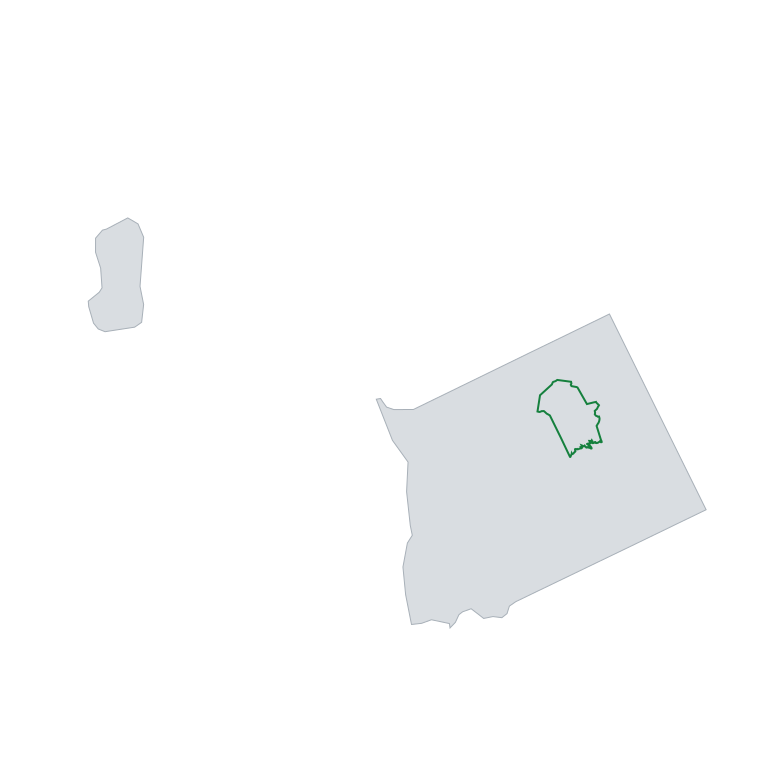 location of Añisoc, Wele-Nzás, Equatorial Guinea, rotated 334°
{"feature_id": "11065452B27397509806446", "entity_name": "Añisoc", "entity_type": "district", "adm_level": 2, "iso_a3": "GNQ", "parent_name": "Equatorial Guinea", "parent_adm1": "Wele-Nzás", "projection": "natural_earth1", "projection_center": [10.841, 1.768], "detail": "fine", "context": "in_parent", "style": "outline", "palette": "green", "viewbox_px": 768, "rotation_deg": 334, "n_neighbors": 0, "source": "geoboundaries", "source_scale": "gbopen_adm2", "svg_char_len": 4381}
<svg xmlns="http://www.w3.org/2000/svg" viewBox="0 0 768 768"><g transform="rotate(334 384 384)"><path d="M617.3,419.9L617.5,463.2L617.7,499.8L617.9,539.4L618.1,580.7L618.3,615.6L618.4,638.2L585.3,638.1L541.4,638.0L497.4,637.8L453.5,637.6L431.4,637.5L407.1,637.4L399.3,638.6L393.9,644.3L387.5,645.7L380.0,640.8L370.8,638.4L368.4,633.4L363.8,624.2L354.8,623.2L350.2,624.2L343.7,629.5L336.4,632.2L337.8,628.0L323.3,616.7L312.9,615.6L303.3,612.2L311.1,582.8L320.8,556.8L335.3,537.2L343.1,532.4L345.6,522.7L357.1,490.7L371.4,464.7L366.9,438.4L370.4,394.3L374.5,395.5L375.1,399.7L376.2,405.9L381.6,411.3L399.3,419.8L452.2,419.8L483.7,419.8L530.4,419.8L579.8,419.9L617.3,419.9ZM198.4,122.3L202.4,123.1L226.5,122.4L233.1,132.3L232.3,146.8L207.5,189.3L202.8,207.2L193.2,222.3L184.8,223.6L156.2,214.7L151.3,209.3L149.6,202.0L152.5,185.1L154.5,179.9L168.3,176.7L172.7,174.0L180.1,155.7L182.5,139.1L188.7,126.5L198.4,122.3Z" fill="#d9dde1" stroke="#a8b0b8" stroke-width="1"/><path d="M519.2,530.6L519.2,530.9L519.2,531.0L519.3,531.1L519.5,531.2L519.8,531.1L520.2,530.7L520.5,530.4L520.8,530.1L521.1,529.9L521.4,529.6L521.7,529.4L522.0,529.2L522.2,528.9L522.2,529.0L522.3,529.3L522.3,529.5L522.5,529.6L523.0,529.6L523.6,529.5L523.6,529.4L523.8,529.3L524.8,529.0L525.6,528.6L525.9,528.7L526.2,528.6L526.4,528.5L526.4,528.4L526.5,528.0L526.6,527.9L526.8,527.5L526.8,527.3L526.9,527.2L526.9,526.7L527.2,526.3L527.3,526.3L527.6,526.7L527.8,526.8L528.1,527.0L528.3,527.0L528.4,526.9L528.5,527.0L528.8,527.1L529.1,527.3L529.4,527.6L529.5,527.6L529.8,527.7L530.0,527.6L530.2,527.3L530.3,527.3L530.3,527.2L530.4,527.4L530.5,527.5L530.8,527.7L531.3,527.9L531.5,527.9L532.1,527.9L532.5,528.1L533.0,528.3L533.4,528.3L533.5,528.3L533.7,528.2L533.8,528.2L534.1,527.9L534.2,527.7L534.1,527.3L534.1,527.2L533.9,527.0L533.8,526.9L534.2,526.9L534.3,526.9L534.6,526.7L534.8,526.4L534.7,525.9L534.7,525.7L534.8,525.8L535.0,526.1L535.3,526.4L535.3,526.5L535.3,526.8L535.4,527.0L535.7,527.2L535.8,527.2L536.1,527.3L536.2,527.6L536.3,527.6L536.5,527.7L537.0,527.3L537.0,527.2L537.1,526.9L537.0,526.5L537.3,527.0L537.3,527.4L537.3,527.7L537.3,527.9L537.5,528.4L537.7,528.6L537.8,528.8L537.8,529.3L538.0,529.7L538.0,529.8L538.3,530.0L538.5,530.0L539.0,529.9L539.3,530.3L539.8,530.8L540.3,530.8L540.5,530.8L540.6,530.7L540.7,530.8L540.8,530.9L540.8,531.0L541.0,531.2L541.0,531.3L541.4,531.3L541.5,531.4L541.6,531.5L541.5,531.8L541.4,532.1L541.5,532.2L541.5,532.3L541.7,532.7L541.8,532.8L542.0,532.9L542.3,532.9L542.4,532.7L542.5,532.4L542.5,532.2L542.5,531.8L542.4,531.4L542.4,530.9L542.2,530.3L542.0,529.8L541.9,529.6L541.9,529.4L541.0,529.0L540.9,528.9L540.9,528.4L540.8,527.5L540.8,527.4L540.7,527.4L540.4,527.1L540.5,527.0L540.5,526.9L540.8,526.9L540.9,527.0L541.1,527.3L541.5,527.5L541.9,527.6L542.2,527.7L542.8,527.8L543.2,527.7L543.3,527.7L543.5,527.3L543.6,527.1L543.6,526.9L543.5,526.7L543.3,526.5L543.4,526.4L543.5,526.1L543.6,525.7L543.7,525.4L543.7,525.2L544.1,525.4L544.3,525.6L544.7,525.9L544.8,525.9L545.2,526.0L545.2,525.9L545.3,525.9L545.5,525.9L545.6,526.0L545.7,525.9L546.0,525.7L546.0,526.2L546.0,526.7L546.1,526.9L546.2,527.0L546.1,527.3L545.6,527.4L545.3,527.6L545.2,527.7L545.2,527.8L545.1,528.1L545.3,528.4L545.5,528.6L546.0,528.8L546.4,528.9L546.5,528.9L547.0,528.9L547.4,528.7L547.7,528.6L547.8,528.6L548.2,528.7L548.5,528.8L548.6,529.1L548.3,529.2L548.1,529.4L548.7,530.0L549.0,530.2L549.3,530.2L549.6,530.4L550.2,530.5L550.6,530.5L551.3,530.6L550.8,530.4L551.7,530.4L551.8,530.4L552.2,530.4L552.3,530.4L552.5,530.3L553.0,530.1L553.1,530.3L553.2,530.7L553.4,531.4L553.5,531.5L553.9,531.6L554.0,531.6L554.2,531.4L554.3,531.4L554.4,530.7L554.5,530.4L554.5,530.1L554.5,529.8L554.5,529.4L554.5,529.2L556.7,514.9L557.0,514.6L558.1,514.0L558.8,513.4L559.7,513.0L560.6,512.2L561.3,511.5L562.1,510.4L562.6,509.5L562.8,508.7L563.0,507.5L561.7,507.0L561.5,506.4L560.5,505.3L560.2,503.6L561.1,502.5L561.6,500.6L564.6,499.7L566.3,498.3L567.2,497.8L567.9,497.3L566.5,493.3L566.6,493.0L564.2,492.4L557.6,491.0L556.4,472.0L555.8,471.2L551.6,468.1L551.5,466.6L552.7,465.6L553.0,464.4L553.1,464.0L541.5,456.3L539.5,456.6L536.9,456.3L536.4,456.5L534.7,458.0L519.3,462.5L509.9,476.0L510.6,476.6L511.3,477.2L512.5,477.5L513.8,477.5L515.1,478.1L515.8,478.4L516.3,479.5L516.7,480.5L517.2,481.9L518.0,483.0L518.8,484.2L519.3,485.0L519.4,510.1L519.2,530.6Z" fill="none" stroke="#15803d" stroke-width="2"/></g></svg>